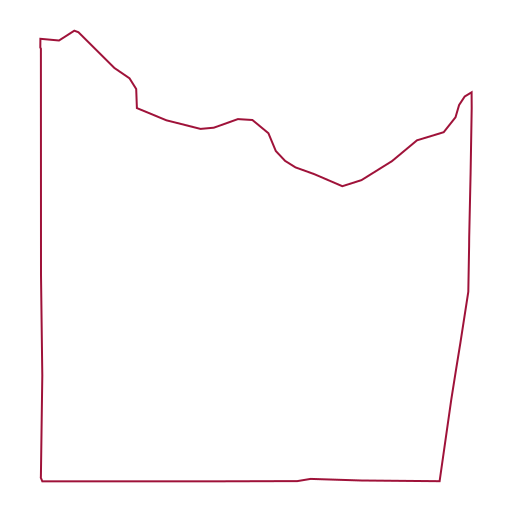 Franklin, Missouri, United States of America (Equal Earth projection)
{"feature_id": "52423323B51911308321419", "entity_name": "Franklin", "entity_type": "district", "adm_level": 2, "iso_a3": "USA", "parent_name": "United States of America", "parent_adm1": "Missouri", "projection": "equal_earth", "projection_center": [-91.03, 38.456], "detail": "fine", "context": "isolated", "style": "outline", "palette": "rose", "viewbox_px": 512, "rotation_deg": 0, "n_neighbors": 0, "source": "geoboundaries", "source_scale": "gbopen_adm2", "svg_char_len": 681}
<svg xmlns="http://www.w3.org/2000/svg" viewBox="0 0 512 512"><path d="M225.3,481.3L297.4,481.1L310.6,478.9L361.3,480.5L439.6,481.2L451.3,399.4L456.2,368.6L460.3,343.4L468.3,291.8L469.1,246.5L469.2,237.1L470.6,173.0L471.7,108.3L471.6,92.3L464.7,96.5L459.1,105.0L455.5,117.3L443.7,132.2L417.0,140.3L392.0,161.1L361.5,180.1L342.3,186.2L314.4,174.2L295.5,167.4L285.1,160.9L275.8,151.0L268.4,133.2L252.4,120.0L237.9,119.1L213.8,127.7L200.5,128.9L166.4,120.3L136.9,108.1L136.2,89.0L129.5,78.3L114.4,68.0L78.4,32.2L74.3,30.7L59.0,40.5L40.4,38.8L40.3,47.5L40.9,48.7L41.0,275.1L42.3,375.7L40.9,476.2L40.8,477.7L42.3,481.3L225.3,481.3Z" fill="none" stroke="#9f1239" stroke-width="2"/></svg>